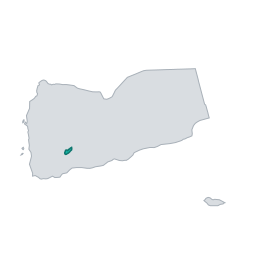 At Taffah, Al Bayda', Yemen (highlighted), rotated 7°
{"feature_id": "15242507B13083201582519", "entity_name": "At Taffah", "entity_type": "district", "adm_level": 2, "iso_a3": "YEM", "parent_name": "Yemen", "parent_adm1": "Al Bayda'", "projection": "robinson", "projection_center": [45.345, 14.162], "detail": "fine", "context": "in_parent", "style": "filled", "palette": "teal", "viewbox_px": 256, "rotation_deg": 7, "n_neighbors": 0, "source": "geoboundaries", "source_scale": "gbopen_adm2", "svg_char_len": 3604}
<svg xmlns="http://www.w3.org/2000/svg" viewBox="0 0 256 256"><g transform="rotate(7 128 128)"><path d="M207.4,108.1L198.6,111.7L196.3,113.3L194.2,115.2L192.7,117.7L191.6,122.0L192.5,125.9L192.4,128.0L190.1,129.4L188.0,130.4L185.7,132.0L184.2,132.4L183.1,133.6L181.7,134.4L176.8,136.7L171.4,138.4L162.8,140.4L159.5,142.7L156.5,144.2L152.0,144.7L145.7,146.8L142.2,148.5L137.9,151.2L136.9,152.1L136.2,154.2L134.8,155.9L132.2,158.8L130.3,160.3L129.0,160.4L126.4,161.2L123.4,161.3L118.3,160.3L117.0,161.0L116.0,162.2L112.1,164.1L108.1,168.1L105.2,169.1L100.5,170.4L97.2,172.0L95.0,172.7L92.2,173.0L86.9,172.9L81.9,173.5L77.3,174.6L75.2,176.7L72.7,180.0L68.6,181.4L67.7,182.6L66.4,185.1L63.8,185.7L61.4,186.1L59.0,185.0L54.5,188.0L52.7,188.5L50.1,188.6L48.2,189.3L46.9,189.1L45.2,187.9L41.7,186.5L39.1,187.4L38.9,184.6L34.6,176.0L35.6,168.5L35.6,167.5L34.7,164.1L32.2,161.1L32.2,157.2L31.4,154.4L30.7,151.6L31.0,150.8L31.0,150.1L29.7,145.8L29.3,144.9L29.1,144.0L29.5,143.3L29.5,142.4L28.8,141.1L28.1,138.5L24.7,136.5L25.4,134.7L26.0,135.3L26.9,135.9L27.1,134.7L27.2,133.7L25.7,128.1L27.9,120.5L27.2,113.7L30.5,110.9L31.3,110.1L31.8,109.3L32.6,107.8L33.6,107.3L34.0,105.6L34.0,104.8L33.3,104.1L32.8,102.2L33.0,99.8L33.2,98.8L33.5,96.9L34.7,96.2L34.9,95.7L34.1,94.5L34.1,93.8L36.1,91.9L36.9,91.3L38.1,90.7L39.1,90.7L40.2,91.0L41.3,91.6L42.2,92.6L43.3,93.7L44.9,94.1L46.0,94.0L46.8,94.5L47.6,94.2L48.4,93.7L49.8,93.7L51.0,93.0L54.5,92.7L57.9,92.9L61.4,92.4L64.9,92.4L68.4,92.5L69.2,92.5L69.9,92.9L72.9,94.6L75.2,95.0L79.7,95.4L84.5,96.0L88.7,96.4L92.3,96.0L95.2,95.6L96.0,95.7L96.9,96.8L98.7,99.5L100.4,102.0L103.3,102.1L105.2,101.2L107.3,99.8L108.5,98.8L110.0,94.7L110.9,92.0L113.1,89.1L114.9,86.6L117.3,83.2L118.6,81.4L121.2,77.8L123.7,76.4L128.6,73.7L133.3,71.0L136.4,69.3L139.0,68.5L143.4,67.8L148.6,67.0L153.8,66.2L159.3,65.3L165.5,64.4L169.7,63.7L175.1,62.9L179.5,62.2L183.5,61.6L187.6,60.9L188.4,63.0L189.2,65.0L190.0,67.0L190.8,69.0L191.6,71.0L192.3,73.0L193.1,75.0L193.9,77.0L194.7,79.0L195.5,81.0L196.3,83.0L197.1,85.0L197.9,87.0L198.7,89.0L199.5,91.0L200.3,93.0L201.1,95.0L202.3,95.7L203.1,97.5L204.2,100.2L205.3,102.8L206.3,105.5L207.4,108.1ZM220.1,188.7L221.2,188.9L222.8,188.2L227.5,188.1L233.3,190.4L232.2,190.9L231.6,191.8L229.0,192.5L226.6,194.2L219.3,195.1L217.2,194.6L215.5,192.9L212.2,190.8L213.5,189.4L213.7,188.7L214.2,188.1L216.0,187.1L217.9,187.3L220.1,188.7ZM26.9,161.9L26.6,162.3L26.3,162.2L25.2,161.1L26.4,159.9L27.1,161.0L26.9,161.9ZM23.5,135.1L22.9,135.6L22.7,134.8L23.1,133.0L23.7,132.5L24.1,133.8L23.8,134.5L23.5,135.1ZM26.3,167.2L25.1,167.8L25.9,166.3L26.7,165.9L27.0,166.0L26.3,167.2Z" fill="#d9dde1" stroke="#a8b0b8" stroke-width="1"/><path d="M74.7,156.6L74.7,155.8L74.7,155.3L74.6,155.1L74.6,154.7L74.4,154.2L74.3,154.3L74.3,154.5L74.2,154.5L73.9,154.8L73.5,154.8L73.4,154.8L73.2,155.1L72.9,155.4L72.8,155.6L72.7,155.7L72.6,155.8L72.4,156.1L72.2,156.2L71.9,156.3L71.7,156.4L71.5,156.8L71.5,157.0L71.0,157.6L70.6,157.8L70.3,157.4L69.3,157.4L68.8,157.7L68.7,157.8L68.7,158.4L68.7,158.6L68.6,158.8L68.6,159.0L68.5,159.3L68.4,159.6L68.2,159.8L68.2,160.0L68.3,160.1L68.4,160.5L68.4,160.8L68.4,161.5L68.5,161.7L68.5,161.8L68.5,161.7L68.8,161.7L69.0,161.8L69.3,161.7L69.5,161.7L69.8,161.6L70.0,161.6L70.3,161.4L70.5,161.2L70.7,160.9L70.8,160.8L71.0,160.7L71.3,160.5L71.4,160.4L71.5,160.4L71.6,160.2L71.8,160.2L72.0,160.1L72.1,159.9L72.3,159.7L72.5,159.5L72.6,159.3L72.8,159.1L73.0,158.9L73.1,158.6L73.3,158.4L73.4,158.2L73.5,158.0L73.6,157.9L73.8,157.6L74.0,157.4L74.2,157.2L74.3,157.1L74.5,156.9L74.7,156.6L74.7,156.6Z" fill="#14b8a6" stroke="#0f766e" stroke-width="1.5"/></g></svg>